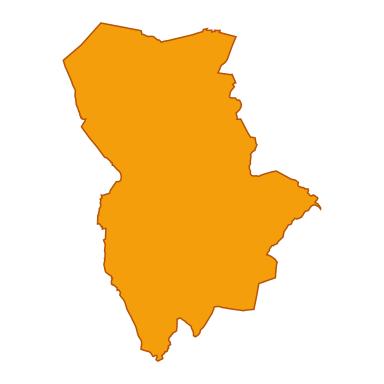 Irimbo, Michoacán, Mexico
{"feature_id": "50627088B92486141499695", "entity_name": "Irimbo", "entity_type": "district", "adm_level": 2, "iso_a3": "MEX", "parent_name": "Mexico", "parent_adm1": "Michoacán", "projection": "orthographic", "projection_center": [-100.467, 19.711], "detail": "fine", "context": "isolated", "style": "filled", "palette": "amber", "viewbox_px": 384, "rotation_deg": 0, "n_neighbors": 0, "source": "geoboundaries", "source_scale": "gbopen_adm2", "svg_char_len": 5937}
<svg xmlns="http://www.w3.org/2000/svg" viewBox="0 0 384 384"><path d="M195.4,336.8L197.7,335.4L199.2,333.9L200.0,332.2L200.5,330.1L203.4,327.2L206.3,322.8L210.1,316.4L211.9,313.6L213.1,310.5L213.8,309.1L213.9,307.9L214.4,306.9L217.2,306.5L220.1,306.7L222.5,307.6L225.0,307.8L227.0,308.3L235.5,309.6L239.1,310.0L243.2,310.7L246.8,310.0L253.9,309.4L256.8,295.2L258.8,283.6L268.3,280.2L275.1,277.9L275.5,276.9L275.7,271.7L275.9,271.7L275.9,271.0L275.9,269.3L276.1,268.7L276.4,266.2L276.6,264.4L277.2,262.0L276.6,261.8L276.0,260.7L275.7,260.5L275.6,260.1L275.5,259.6L271.2,256.4L268.8,255.3L268.0,255.1L267.7,254.5L267.4,254.5L266.9,254.6L267.9,252.2L268.6,251.6L269.4,250.4L269.5,249.2L269.7,248.7L272.1,245.5L273.5,245.7L274.2,244.7L275.6,244.4L276.5,243.8L277.4,243.5L277.4,242.3L278.2,241.7L281.4,238.5L283.1,236.9L283.5,234.3L283.9,232.0L287.1,227.3L287.9,225.8L288.3,224.9L290.1,224.6L291.2,224.1L291.7,223.0L292.1,221.8L292.2,221.1L293.9,219.7L294.7,218.4L296.0,218.7L296.8,219.0L298.2,218.6L301.5,217.2L301.6,216.6L303.1,214.8L304.3,212.5L305.1,211.6L305.8,211.1L308.0,210.7L309.4,208.9L310.4,207.0L311.3,206.5L312.2,205.5L312.7,205.4L313.5,205.0L314.1,204.9L315.6,205.1L316.0,205.4L317.8,206.3L319.1,207.1L320.5,209.0L320.7,208.0L318.3,204.4L317.0,203.3L315.1,202.6L315.4,201.6L316.8,200.2L317.7,198.7L317.6,197.6L316.3,196.9L314.7,195.6L313.3,194.9L311.7,195.9L310.1,195.5L308.4,193.5L308.1,193.4L307.6,192.4L307.9,192.2L307.9,191.9L308.5,190.4L308.0,188.9L306.4,189.0L304.6,188.7L304.2,188.0L303.3,187.5L302.0,187.6L301.4,187.3L299.1,186.5L298.5,186.0L298.0,185.2L297.9,184.5L298.0,183.9L298.5,182.6L295.6,180.3L293.7,179.7L291.4,179.3L276.2,171.0L270.5,172.2L261.5,175.0L258.8,176.3L256.1,175.8L254.8,176.0L252.4,175.8L251.7,175.5L251.2,175.0L250.6,174.1L250.3,173.3L250.5,172.2L250.5,171.4L249.7,169.7L249.3,167.8L249.3,165.7L250.1,164.7L250.4,163.4L250.4,160.4L251.0,156.1L251.0,155.9L250.6,155.4L250.5,154.9L250.8,154.1L251.8,152.6L253.0,151.3L254.9,150.4L254.9,149.6L255.0,149.4L255.3,148.7L255.8,147.8L256.0,147.2L256.1,146.7L256.2,146.3L256.7,145.5L256.9,144.5L256.2,143.7L255.9,142.8L255.7,141.7L255.3,139.0L255.3,138.2L254.9,137.8L253.1,137.4L250.5,137.2L247.4,132.0L244.9,127.1L241.0,119.7L240.7,119.0L239.1,119.2L237.0,119.3L237.2,118.9L237.3,118.0L236.1,113.0L236.6,112.7L239.4,109.9L240.2,108.6L241.2,106.3L241.3,104.5L240.8,102.9L239.8,100.7L238.9,100.0L238.0,100.1L237.0,100.1L235.5,98.1L230.6,97.8L230.1,97.6L229.5,96.8L229.5,96.2L230.6,91.4L234.4,86.7L232.6,84.5L235.0,83.0L234.9,82.7L235.7,82.7L232.0,74.3L230.9,74.7L217.9,72.9L219.4,69.9L221.0,65.9L222.0,64.8L223.5,63.8L225.2,62.4L227.2,59.6L232.4,45.3L236.0,36.8L219.7,32.5L219.9,31.7L219.3,31.8L219.9,30.4L217.9,30.5L214.7,30.3L215.0,31.5L212.4,31.7L211.9,32.0L211.9,31.5L211.9,30.3L206.5,30.3L206.4,29.6L207.0,28.7L204.5,29.3L203.5,29.4L202.6,31.6L198.2,32.9L192.9,34.6L190.4,35.3L173.9,39.2L169.6,40.3L163.1,41.5L162.3,42.2L161.5,41.9L161.0,42.0L160.4,41.2L159.4,40.2L156.9,39.6L156.1,38.6L155.5,38.4L153.5,36.6L151.0,36.3L148.3,36.5L146.7,36.1L144.7,35.0L143.4,34.5L141.7,34.1L141.6,32.2L141.1,30.7L100.9,23.0L81.4,44.8L63.3,60.3L64.5,64.4L65.3,66.9L66.8,70.1L71.6,81.5L72.9,85.4L74.4,88.3L75.4,90.4L75.0,95.3L75.2,97.4L75.9,99.3L75.9,101.1L76.3,104.6L77.7,108.1L78.1,108.6L78.4,110.4L78.7,111.2L79.3,111.9L79.4,112.8L79.6,113.4L80.0,113.9L79.8,114.4L80.0,115.2L80.0,115.6L80.4,115.9L80.9,116.7L80.8,117.0L80.7,117.3L80.8,117.7L81.1,118.0L81.9,118.1L82.0,118.2L82.0,118.8L82.2,119.0L82.4,119.1L82.7,119.0L84.6,119.5L85.6,119.1L84.7,121.7L83.8,122.7L83.2,123.6L82.9,124.6L82.6,124.9L81.5,126.5L81.5,126.8L81.6,127.1L89.4,137.8L94.1,143.4L98.0,148.2L104.5,157.1L105.6,157.7L106.7,157.6L107.5,158.6L110.9,161.7L111.0,162.6L112.3,162.9L112.3,165.2L113.7,165.6L116.9,169.3L119.1,171.2L120.5,173.1L121.2,175.8L121.2,178.7L120.4,180.4L119.8,181.1L118.9,181.6L116.2,181.7L114.6,184.2L114.2,184.7L110.4,190.2L109.6,193.2L102.2,195.5L101.4,195.1L101.6,196.8L102.1,197.8L101.4,198.1L100.3,199.1L100.8,199.3L100.7,200.7L100.4,202.0L100.5,203.4L100.3,203.6L100.9,205.2L100.1,207.8L99.5,208.2L99.3,208.7L99.2,209.7L99.4,210.7L98.6,212.2L98.7,214.5L97.8,215.2L97.5,224.0L99.1,223.7L99.4,223.9L100.6,225.1L101.4,226.9L102.3,226.7L102.4,226.9L102.3,229.1L105.8,228.3L105.9,228.5L105.5,237.2L105.4,239.0L103.6,239.9L104.0,241.3L105.2,244.3L105.1,246.4L104.7,249.7L104.6,251.3L105.1,252.6L105.1,256.6L105.0,257.2L104.4,258.7L104.9,260.3L104.3,262.0L104.3,262.4L103.9,264.7L104.8,268.5L105.1,270.5L105.7,272.0L106.1,272.5L109.2,274.8L110.7,275.7L111.7,276.4L111.8,276.7L111.6,277.1L111.4,277.9L112.6,278.5L111.9,279.5L111.4,281.5L111.5,283.8L111.8,284.5L112.5,284.6L112.9,285.1L113.4,284.8L114.2,285.3L115.5,286.7L116.8,287.4L117.2,288.7L117.2,290.4L118.8,289.9L120.5,292.6L119.9,294.4L119.8,294.9L120.0,295.2L120.7,296.3L121.6,297.4L122.9,298.9L123.5,299.7L125.0,302.5L127.1,309.5L129.2,313.4L130.0,314.7L133.1,321.1L134.0,322.8L135.2,325.3L136.0,327.3L137.7,333.8L138.3,335.6L138.9,337.0L139.5,337.7L141.4,340.8L141.7,344.1L141.4,345.4L141.0,349.3L145.6,350.8L148.4,351.5L150.5,352.5L152.8,356.3L153.4,356.6L154.5,356.1L155.1,355.7L156.0,355.3L156.8,355.7L157.1,356.3L156.9,357.4L156.2,358.7L156.1,359.6L157.0,360.6L158.2,361.0L161.1,359.4L162.0,359.1L162.8,358.6L162.6,357.6L161.8,355.7L163.0,354.4L164.5,353.4L164.8,351.9L166.5,351.7L167.2,351.1L167.2,350.5L167.8,349.7L167.7,348.9L168.1,348.2L168.6,348.2L168.8,347.8L168.5,347.5L168.3,347.1L168.6,346.4L168.4,346.3L168.4,345.7L169.1,345.5L170.6,344.6L170.3,343.6L170.2,342.4L169.6,341.3L168.8,340.6L168.7,338.7L170.0,336.8L170.1,336.4L170.8,336.2L171.8,334.6L172.1,334.4L172.4,334.1L172.3,333.6L172.8,333.1L173.2,332.9L173.5,332.8L175.4,331.6L176.5,330.9L177.0,326.6L177.1,319.0L178.7,318.7L179.4,318.1L180.7,318.1L182.2,319.5L184.7,320.9L186.7,322.9L190.5,325.7L191.4,326.6L191.3,327.6L193.2,331.8L193.5,334.2L193.4,335.3L194.1,336.2L194.8,336.1L195.4,336.8Z" fill="#f59e0b" stroke="#b45309" stroke-width="1.5"/></svg>